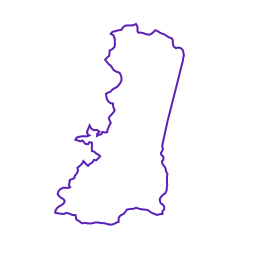 outline of São Cristóvão do Sul, Santa Catarina, Brazil, rotated 283°
{"feature_id": "56859067B10405693050074", "entity_name": "São Cristóvão do Sul", "entity_type": "district", "adm_level": 2, "iso_a3": "BRA", "parent_name": "Brazil", "parent_adm1": "Santa Catarina", "projection": "orthographic", "projection_center": [-50.36, -27.292], "detail": "fine", "context": "isolated", "style": "outline", "palette": "violet", "viewbox_px": 256, "rotation_deg": 283, "n_neighbors": 0, "source": "geoboundaries", "source_scale": "gbopen_adm2", "svg_char_len": 2865}
<svg xmlns="http://www.w3.org/2000/svg" viewBox="0 0 256 256"><g transform="rotate(283 128 128)"><path d="M52.0,181.0L54.5,180.2L56.9,181.6L59.8,180.8L61.3,178.9L62.0,176.9L63.8,175.7L66.1,174.9L68.9,176.0L70.9,177.2L72.8,179.0L76.0,179.7L78.7,179.2L81.2,179.1L83.0,178.3L85.5,177.9L88.5,177.1L90.5,176.9L92.3,176.7L94.1,174.9L96.3,174.1L98.3,172.7L100.2,170.1L103.1,168.5L105.2,169.6L108.0,168.9L109.4,166.4L111.2,165.7L113.0,166.4L115.5,166.8L118.2,165.3L143.9,165.0L170.2,165.6L204.3,166.3L206.2,166.3L208.3,166.0L211.0,166.2L213.2,165.4L216.1,163.9L217.6,161.9L217.7,158.7L216.5,156.8L217.7,154.1L220.2,152.8L223.6,151.9L225.2,150.5L225.5,147.7L226.2,145.5L227.3,142.8L227.6,140.5L227.9,138.1L228.9,135.5L229.4,132.6L227.0,131.1L225.1,129.7L223.7,127.8L223.5,124.8L223.9,121.6L223.8,118.7L223.2,116.5L224.8,115.3L227.6,114.9L229.5,114.0L231.2,112.3L229.6,110.6L228.7,108.2L228.1,105.4L227.1,102.2L224.4,100.2L222.4,99.7L221.4,97.5L220.4,95.4L219.1,93.1L218.1,91.2L215.9,90.0L214.9,93.1L212.0,95.0L209.1,95.7L206.1,96.6L203.5,96.4L201.0,94.7L199.4,92.7L196.6,93.1L194.0,93.4L192.0,91.8L189.4,90.3L187.2,93.1L185.7,95.1L185.0,97.0L183.2,99.0L181.1,101.2L180.2,104.3L180.0,107.3L177.3,109.5L174.5,110.7L172.2,110.9L169.5,110.1L167.2,109.0L165.3,107.8L164.0,106.3L162.4,104.5L160.6,103.4L159.0,102.3L157.9,100.4L156.4,98.8L154.1,99.8L151.7,100.7L149.1,103.3L148.2,105.6L148.5,107.8L146.0,108.5L143.8,109.9L142.1,111.1L139.8,110.2L137.5,109.0L135.4,107.8L133.4,107.0L131.2,108.4L129.0,110.1L126.5,109.3L124.5,108.9L121.9,108.4L119.3,108.7L118.4,106.5L118.4,103.9L115.8,103.4L115.0,101.5L113.4,99.6L115.5,99.3L118.0,101.0L119.1,98.5L118.2,95.2L119.2,92.3L121.9,90.0L118.6,89.5L115.1,88.9L112.8,90.0L112.1,92.0L110.7,90.2L110.2,87.8L109.6,85.1L108.6,82.7L107.2,80.2L104.7,79.4L104.6,82.0L104.2,84.4L105.6,86.5L103.9,88.6L102.9,90.4L103.3,92.9L105.5,93.6L105.6,96.1L102.9,96.8L100.1,97.3L97.5,98.0L97.3,100.4L95.8,103.2L95.3,105.5L94.1,107.3L91.4,105.6L89.3,104.3L89.3,102.0L86.4,101.0L84.4,98.9L82.1,97.6L83.0,95.9L84.6,93.6L85.7,91.9L83.3,91.5L81.2,90.2L79.4,88.9L77.8,87.7L75.3,88.9L72.1,88.3L69.6,87.0L67.1,87.0L65.6,85.0L64.2,82.9L61.8,83.3L59.1,83.2L57.3,84.9L56.1,83.2L55.8,81.1L55.2,78.2L52.7,75.4L50.4,74.4L47.6,74.4L45.6,76.9L44.8,78.9L44.2,80.9L42.9,82.6L40.9,82.7L39.2,81.7L37.6,80.2L36.1,78.5L33.7,76.7L30.6,75.8L28.9,76.4L29.2,79.1L29.3,82.0L29.9,85.0L31.3,86.8L31.5,88.9L31.2,91.3L30.7,93.5L31.4,96.4L29.2,97.5L27.3,98.1L26.4,100.9L24.8,104.6L25.9,107.5L26.0,110.3L26.7,113.6L28.7,117.7L29.3,120.7L29.3,123.3L29.9,125.9L29.8,128.9L29.8,132.6L30.7,134.7L31.8,136.5L33.3,138.1L34.3,139.9L38.4,139.2L40.4,139.9L42.0,141.3L43.1,142.9L45.4,144.1L48.3,145.3L49.7,148.6L50.5,151.6L52.1,153.8L51.8,156.7L51.8,159.5L52.3,162.7L52.5,165.7L51.5,168.0L50.6,170.8L50.1,173.9L49.8,176.0L51.2,178.4L52.0,181.0Z" fill="none" stroke="#5b21b6" stroke-width="2"/></g></svg>